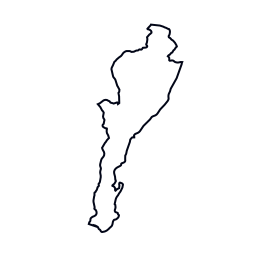 map outline of Cesar (Natural Earth projection), rotated 15°
{"feature_id": "COL-1414", "entity_name": "Cesar", "entity_type": "Department", "adm_level": 1, "iso_a3": "COL", "parent_name": "Colombia", "parent_adm1": "", "projection": "natural_earth1", "projection_center": [-73.578, 9.272], "detail": "fine", "context": "isolated", "style": "outline", "palette": "ink", "viewbox_px": 256, "rotation_deg": 15, "n_neighbors": 0, "source": "natural_earth", "source_scale": "10m", "svg_char_len": 4777}
<svg xmlns="http://www.w3.org/2000/svg" viewBox="0 0 256 256"><g transform="rotate(15 128 128)"><path d="M163.3,50.3L163.2,51.3L163.3,52.6L162.1,67.3L159.1,79.1L159.1,81.8L158.6,84.4L158.6,85.8L159.0,87.5L159.5,88.7L159.7,90.0L159.3,91.7L157.4,96.0L154.3,101.7L152.8,106.2L152.2,107.5L151.3,108.6L149.0,110.3L148.1,111.2L147.0,114.1L142.4,122.0L140.4,127.8L139.7,129.1L138.7,130.2L136.5,131.9L135.8,133.2L135.8,134.7L136.6,135.3L137.4,135.2L134.8,135.9L134.3,136.2L133.2,138.5L133.4,141.0L132.7,150.3L132.9,153.0L132.9,153.5L132.5,155.4L133.3,158.7L133.8,160.3L133.8,161.0L133.5,161.7L132.7,162.6L131.2,163.6L130.9,164.0L130.7,164.5L130.9,165.1L130.9,165.6L130.7,166.1L130.1,166.8L128.0,168.7L127.2,169.6L126.8,170.2L126.4,170.9L126.1,171.7L125.9,172.6L125.9,173.4L125.9,174.0L126.5,175.6L128.1,178.4L129.2,181.4L129.6,181.6L130.0,182.5L129.3,185.3L127.9,187.2L127.8,187.6L128.0,188.0L128.3,188.0L129.3,188.1L129.7,188.2L130.1,188.5L130.4,188.9L131.3,189.6L131.5,191.1L131.7,191.5L132.1,191.8L132.4,191.5L132.9,190.5L133.2,190.0L135.0,188.4L134.6,185.9L134.5,185.6L134.1,184.8L133.9,183.7L133.9,183.4L134.2,182.9L134.7,182.8L135.5,182.9L136.8,183.1L137.5,183.6L137.8,184.0L138.0,187.0L137.2,191.2L136.3,193.5L135.8,195.5L135.2,196.9L134.8,198.2L134.6,199.7L134.8,205.0L135.6,205.5L136.5,207.8L136.5,208.3L136.6,208.9L136.5,210.6L136.7,211.5L137.5,212.4L140.0,212.7L140.8,214.0L141.3,214.3L141.5,214.3L141.7,214.5L141.9,214.8L141.9,215.4L141.9,216.2L141.6,217.2L140.9,218.3L140.4,219.0L139.7,219.6L138.6,220.1L138.2,220.5L137.9,221.3L137.7,222.5L137.9,224.9L137.8,226.3L137.6,226.9L137.3,227.5L136.0,229.5L135.5,230.5L134.9,231.3L134.3,232.2L133.4,233.1L132.3,234.0L130.5,234.9L129.8,235.2L129.2,235.1L128.6,234.8L127.5,233.7L127.1,233.5L126.5,233.3L126.0,233.1L125.5,232.7L124.9,231.8L124.4,231.4L123.8,231.2L121.7,230.7L121.4,230.7L122.3,231.4L115.0,230.9L115.0,229.0L115.3,228.6L115.6,227.8L115.6,227.2L115.5,226.5L115.3,225.6L115.4,224.9L115.7,224.3L116.6,223.1L116.9,222.8L117.7,222.3L119.3,220.7L119.7,219.5L119.7,218.3L119.3,217.2L119.1,216.9L119.0,216.6L118.6,216.2L118.4,216.0L117.9,215.5L117.8,215.3L117.5,215.2L117.1,215.2L116.8,215.1L116.6,214.8L116.3,214.4L116.3,213.2L113.8,208.3L113.4,206.9L113.3,206.0L113.0,202.7L113.1,202.0L112.9,201.4L112.7,200.2L112.4,199.6L112.4,199.2L112.5,198.9L113.1,198.3L113.2,198.1L113.3,197.4L113.8,196.0L113.9,195.3L114.0,193.5L113.9,193.3L114.1,192.7L114.6,191.9L114.8,191.4L114.6,190.7L114.2,190.1L114.1,189.4L114.6,188.5L114.8,187.4L114.4,182.7L114.0,181.1L112.7,178.4L112.4,176.9L112.4,174.6L112.2,173.8L111.2,172.3L110.8,171.6L110.5,170.3L110.4,165.9L110.6,164.5L111.7,162.0L112.0,160.6L111.7,158.7L111.0,157.4L109.0,155.3L108.1,153.9L109.6,148.4L110.2,147.2L110.8,145.2L112.2,142.6L110.8,140.3L109.0,138.4L108.3,136.9L108.0,135.6L107.9,134.3L107.6,133.9L107.2,133.9L106.8,134.0L106.3,134.1L104.0,133.5L103.3,133.1L103.0,132.7L102.8,132.2L102.8,131.9L102.8,131.6L102.8,131.3L103.1,130.9L103.3,130.6L103.4,130.3L103.4,130.0L103.4,129.5L103.3,128.9L103.2,126.5L103.0,126.0L102.6,125.6L102.1,125.2L101.6,124.7L100.9,123.3L100.6,119.5L99.6,118.4L98.4,117.7L95.9,115.0L92.7,112.8L94.4,111.4L97.2,107.7L98.2,107.0L99.1,106.6L100.4,106.4L100.8,106.5L101.3,106.6L101.9,106.8L102.8,106.9L103.3,107.0L104.1,107.7L104.6,108.0L106.7,108.0L107.1,108.0L107.8,108.1L108.3,107.8L110.7,106.2L111.1,106.1L111.4,106.3L111.7,106.7L111.8,107.0L112.1,107.5L113.1,106.2L111.2,99.7L109.7,96.6L110.1,95.5L110.1,95.0L109.8,93.2L107.3,90.5L106.7,90.0L103.4,84.8L102.4,83.8L101.5,83.2L100.8,82.7L100.2,81.9L98.7,79.1L96.8,75.5L96.7,74.7L96.7,73.8L96.9,73.0L97.3,70.9L97.7,67.7L98.7,66.2L99.3,64.7L99.9,63.9L100.8,62.5L102.6,60.3L103.1,59.3L103.7,57.6L104.2,56.4L105.3,55.1L106.1,54.4L106.8,54.0L108.9,53.5L109.6,53.3L110.2,53.3L110.6,53.3L111.1,53.5L111.7,53.6L113.9,52.8L116.0,51.0L116.8,50.8L117.7,50.4L118.5,49.3L119.1,49.0L119.8,49.0L120.6,48.8L121.0,48.4L121.4,47.3L121.6,46.7L122.0,46.5L123.7,46.0L125.0,45.3L125.4,44.6L125.4,44.0L124.9,43.4L124.4,43.1L124.0,42.7L123.9,42.2L124.1,41.1L124.1,40.1L123.8,37.6L123.5,36.6L122.9,35.4L124.5,32.1L125.2,31.3L126.0,29.9L125.8,29.1L125.2,28.3L124.3,27.8L123.4,27.5L122.4,27.4L121.6,27.5L121.1,27.2L121.5,26.2L123.3,22.9L123.4,22.2L132.3,20.8L136.0,21.0L137.3,21.3L138.9,21.4L141.0,21.9L141.9,21.8L142.7,22.4L143.4,23.5L143.7,24.6L143.9,26.4L143.9,27.2L143.6,28.1L143.5,28.8L144.0,29.8L145.6,30.3L147.2,31.4L148.9,31.9L151.3,33.5L153.5,35.7L154.1,36.7L153.4,37.8L153.1,38.6L152.6,40.2L151.8,41.3L151.2,43.6L150.4,44.2L149.2,46.6L148.6,47.0L148.2,47.6L147.9,48.4L149.0,48.9L149.7,49.7L150.0,50.7L150.3,51.9L150.9,52.2L151.8,51.9L152.8,51.4L153.9,51.2L154.8,51.4L155.8,51.9L156.6,52.1L157.7,52.1L158.7,52.0L159.7,51.7L161.9,50.6L163.3,50.3L163.3,50.3Z" fill="none" stroke="#020617" stroke-width="2"/></g></svg>